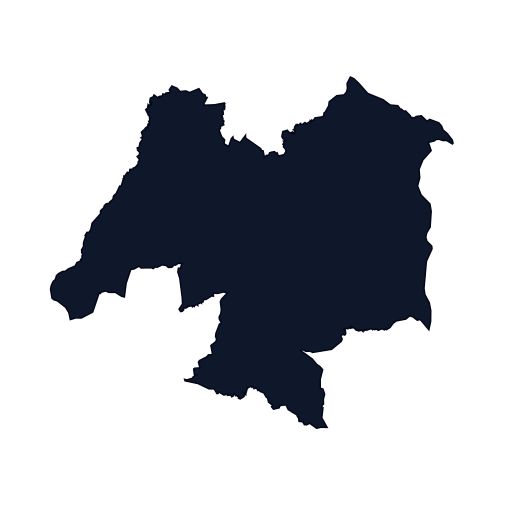 Det Udom, Ubon Ratchathani, Thailand (Mercator projection), rotated 354°
{"feature_id": "78962969B44207183673479", "entity_name": "Det Udom", "entity_type": "district", "adm_level": 2, "iso_a3": "THA", "parent_name": "Thailand", "parent_adm1": "Ubon Ratchathani", "projection": "mercator", "projection_center": [105.038, 14.829], "detail": "fine", "context": "isolated", "style": "filled", "palette": "ink", "viewbox_px": 512, "rotation_deg": 354, "n_neighbors": 0, "source": "geoboundaries", "source_scale": "gbopen_adm2", "svg_char_len": 6093}
<svg xmlns="http://www.w3.org/2000/svg" viewBox="0 0 512 512"><g transform="rotate(354 256 256)"><path d="M64.7,299.8L70.4,298.7L75.8,299.4L87.7,294.7L96.1,276.4L97.2,277.0L98.6,275.7L103.0,275.1L105.8,276.8L112.4,277.5L118.0,281.9L120.8,283.0L124.0,269.5L130.1,256.2L133.1,256.2L138.7,253.9L140.3,255.8L151.1,256.9L152.4,257.8L154.7,256.3L156.5,256.9L161.8,255.0L165.7,256.1L167.6,258.2L171.1,258.4L173.7,256.3L174.9,256.7L177.9,255.2L181.5,255.7L179.5,260.3L177.6,260.0L176.6,263.7L177.9,270.3L178.3,290.0L177.9,296.1L173.9,300.8L175.2,303.4L176.9,303.3L178.5,301.9L178.4,300.6L180.0,300.0L180.7,300.5L182.5,299.7L182.6,298.5L183.7,299.0L184.6,297.9L184.4,299.0L186.8,298.7L187.4,299.9L188.6,298.9L189.3,299.8L190.0,298.6L192.3,298.3L192.9,299.0L193.0,297.8L196.1,296.6L196.9,297.3L197.1,296.0L198.5,296.2L199.5,293.7L201.7,294.0L207.7,291.1L209.5,291.5L209.6,288.5L214.0,289.2L219.9,288.4L223.7,289.7L217.1,295.3L215.8,297.7L215.9,305.7L214.9,309.8L212.9,312.9L213.0,315.3L214.6,318.7L212.4,320.1L208.0,328.9L207.4,331.8L208.1,334.6L207.2,336.9L201.8,340.3L202.5,348.8L201.4,349.6L198.4,349.3L196.4,351.2L188.8,354.1L187.6,355.7L188.6,361.4L183.2,361.2L182.2,361.9L182.3,367.4L184.2,368.1L181.0,369.5L180.1,370.9L174.2,372.0L172.1,371.2L172.4,372.7L185.0,376.8L195.4,383.2L200.5,383.8L202.8,388.8L203.8,388.8L204.8,387.3L209.5,390.9L213.9,390.4L213.3,391.6L216.2,391.6L217.2,393.5L219.1,392.6L219.3,391.2L221.3,391.8L221.2,392.8L223.2,392.6L223.0,393.8L224.6,394.4L223.8,395.7L225.4,396.5L229.4,394.5L229.6,392.9L231.2,392.9L229.8,390.7L231.6,391.5L233.5,386.7L235.6,385.6L237.5,385.2L238.1,386.1L239.3,385.4L240.1,387.7L242.7,387.3L243.9,390.0L245.1,389.8L246.1,391.2L249.4,392.9L251.5,397.6L252.6,398.0L253.2,402.6L256.4,405.7L256.8,406.7L255.7,407.6L257.4,410.2L263.2,409.4L263.6,407.9L265.8,407.1L270.3,407.2L272.0,412.1L273.6,413.4L274.3,413.0L274.8,414.4L280.0,418.2L280.6,420.5L281.5,420.9L281.5,425.0L285.1,425.7L286.5,428.8L288.5,429.2L291.9,428.0L298.3,433.7L302.4,433.1L308.8,433.9L304.5,423.8L306.7,414.0L305.4,413.9L306.4,411.1L307.6,410.5L308.1,405.2L309.8,400.6L308.7,395.4L306.1,394.1L307.0,385.3L310.4,376.0L307.9,372.5L305.1,370.2L301.3,364.4L290.5,354.7L292.9,354.1L295.5,356.0L299.7,356.3L302.3,357.8L321.4,356.7L332.0,349.7L333.0,347.6L332.0,344.2L333.9,343.1L336.1,343.9L337.1,342.6L337.1,339.0L335.4,338.3L336.8,337.4L339.7,337.7L339.6,338.5L340.4,337.2L342.4,337.7L342.5,336.5L343.0,337.3L344.1,335.9L343.7,337.5L345.7,337.5L347.9,340.2L350.5,341.3L350.9,340.5L352.0,341.1L352.9,340.3L354.4,342.2L354.7,341.3L355.5,341.8L356.7,340.6L357.6,341.4L358.3,340.5L358.8,341.2L363.3,340.3L364.1,341.3L364.4,340.7L366.0,341.6L368.2,341.3L369.8,342.7L373.5,341.5L375.8,342.8L376.0,342.1L378.2,342.9L381.8,341.1L385.5,337.1L388.9,335.2L398.3,334.4L402.7,331.6L405.8,333.0L409.6,336.7L412.1,336.3L413.3,337.1L420.2,347.4L422.8,339.4L424.1,328.4L423.4,320.5L419.9,312.0L419.7,305.7L424.9,279.1L431.8,267.3L431.8,264.5L427.5,259.2L426.8,255.1L428.2,250.8L432.2,245.5L434.9,229.8L434.4,222.4L426.6,212.6L424.0,203.2L427.0,195.4L427.2,186.9L431.9,178.0L441.2,169.5L439.3,161.0L445.2,160.2L447.4,158.9L450.5,159.1L453.8,160.7L457.7,161.1L463.0,165.1L463.8,164.3L463.3,161.1L459.0,154.2L455.2,150.2L454.1,146.0L451.7,142.6L443.0,138.3L440.2,139.9L435.1,133.8L429.9,134.0L427.8,135.2L424.3,134.1L424.2,132.8L420.0,127.4L418.1,127.5L416.1,125.2L414.9,125.0L412.7,121.3L405.3,119.9L398.8,113.9L384.1,106.0L376.3,95.1L371.8,89.8L368.5,87.9L364.6,94.0L364.4,99.1L363.1,102.4L360.3,105.0L353.1,105.0L344.9,110.3L344.1,114.1L340.0,120.0L338.6,120.8L338.1,123.3L336.7,124.5L329.1,124.8L327.1,127.3L325.5,126.6L324.8,128.1L324.0,127.1L323.7,128.0L319.9,129.7L318.6,128.4L315.9,130.0L314.0,129.9L314.1,128.9L311.2,130.5L310.8,129.5L309.7,129.5L307.8,131.9L308.0,133.4L306.4,134.2L308.3,136.0L308.1,136.8L305.7,136.9L306.4,138.3L304.7,138.2L304.9,136.5L303.5,137.3L301.4,136.1L300.4,134.2L295.7,135.0L294.2,139.8L294.9,141.9L297.3,144.1L295.3,144.6L296.1,145.5L294.5,147.7L295.3,148.2L294.7,150.3L296.3,152.4L296.8,154.9L294.7,158.0L290.0,158.8L288.5,158.3L287.8,155.6L287.0,156.0L285.3,154.2L282.6,154.3L280.3,154.8L279.2,157.1L277.0,157.0L274.7,158.7L274.0,152.1L272.6,151.8L271.8,149.6L258.0,137.6L258.2,134.9L252.0,141.6L245.7,137.5L245.5,135.1L243.8,136.6L240.3,144.2L236.0,141.1L236.9,137.1L234.3,133.9L232.5,127.0L233.9,125.5L234.2,123.4L237.7,122.1L237.3,120.8L238.2,118.4L236.9,117.1L237.5,116.2L236.9,113.1L237.4,111.7L238.3,111.7L238.4,106.9L239.3,106.2L240.0,106.8L240.6,104.3L239.8,103.7L240.6,102.9L239.9,101.7L241.0,101.3L240.6,100.5L230.5,101.3L220.7,100.6L219.9,99.3L224.0,93.3L222.6,92.9L222.2,90.5L219.7,89.1L216.7,83.6L207.2,86.5L203.5,84.5L197.6,84.5L195.2,81.0L190.1,78.1L187.1,81.7L188.2,83.4L186.9,84.5L183.5,84.5L182.8,85.8L180.3,85.1L179.7,86.9L176.2,87.3L176.6,88.2L175.2,88.5L171.4,85.2L170.3,87.0L167.4,88.0L166.4,91.6L166.5,92.5L167.7,92.8L167.0,93.3L167.4,94.4L166.3,94.3L165.5,95.8L164.5,94.2L163.6,97.6L161.6,98.9L162.8,102.1L164.0,101.9L163.2,102.7L163.4,104.3L165.3,107.1L164.5,107.5L164.6,109.5L163.3,111.1L164.3,112.6L162.7,113.4L163.3,114.5L162.1,114.4L161.8,116.9L161.4,116.0L160.5,116.4L158.9,117.6L159.5,118.9L157.5,118.9L155.0,120.9L155.7,124.5L155.4,125.7L154.1,126.4L155.3,127.0L154.8,128.8L152.5,131.2L151.1,135.7L149.2,136.0L149.3,138.3L151.4,141.2L150.0,143.6L148.2,144.6L150.3,148.2L148.6,150.2L148.5,152.0L145.1,155.3L143.1,155.7L142.9,156.7L139.6,156.7L139.0,159.1L137.9,160.0L136.8,159.3L133.8,162.8L132.9,162.7L132.9,164.8L132.0,165.1L132.4,166.5L131.8,166.3L129.3,172.3L127.7,172.2L123.7,179.0L120.6,181.4L119.6,184.7L116.3,186.9L116.6,187.7L112.0,188.7L110.2,190.4L109.7,192.0L106.2,194.7L105.9,196.0L106.5,196.1L105.4,198.1L96.4,206.3L94.5,212.4L92.2,215.1L90.3,214.8L88.1,217.9L88.7,218.6L86.0,224.4L85.4,228.6L83.2,231.6L83.0,234.6L84.1,236.5L82.9,237.6L82.8,240.2L81.2,241.1L81.2,242.5L77.1,243.9L75.2,247.0L67.8,249.3L65.0,251.2L61.9,251.2L57.8,252.9L55.5,254.7L54.0,258.4L51.6,260.1L49.2,264.1L48.2,267.6L48.7,276.6L50.6,278.5L53.7,279.8L61.3,287.1L64.0,292.9L64.7,299.8Z" fill="#0f172a" stroke="#020617" stroke-width="1.5"/></g></svg>